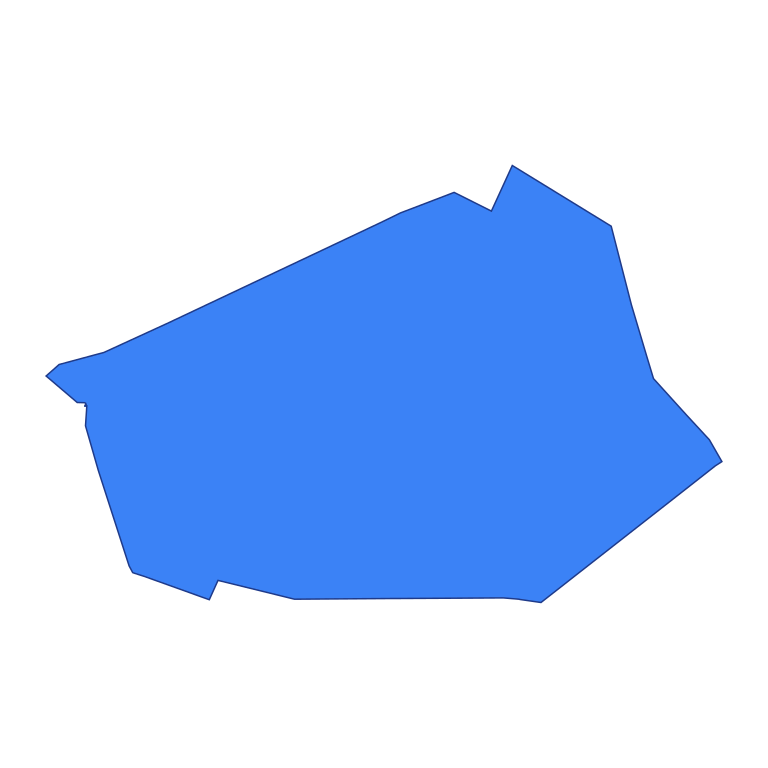 Wilson, North Carolina, United States of America (Robinson projection)
{"feature_id": "52423323B63255212949591", "entity_name": "Wilson", "entity_type": "district", "adm_level": 2, "iso_a3": "USA", "parent_name": "United States of America", "parent_adm1": "North Carolina", "projection": "robinson", "projection_center": [-77.978, 35.725], "detail": "fine", "context": "isolated", "style": "filled", "palette": "blue", "viewbox_px": 768, "rotation_deg": 0, "n_neighbors": 0, "source": "geoboundaries", "source_scale": "gbopen_adm2", "svg_char_len": 694}
<svg xmlns="http://www.w3.org/2000/svg" viewBox="0 0 768 768"><path d="M512.3,165.5L491.4,211.1L454.1,192.4L400.5,212.9L380.4,222.7L173.8,320.3L172.0,321.2L103.8,352.5L95.5,354.7L95.1,354.8L59.1,364.5L46.1,376.0L77.2,402.5L84.4,402.7L85.6,403.2L86.1,404.6L84.9,405.3L84.9,406.2L86.8,406.0L86.5,410.9L85.5,425.8L98.3,470.4L129.1,565.9L132.7,572.6L134.3,573.2L144.0,576.3L200.3,596.5L201.1,596.8L209.3,599.7L218.0,580.4L294.5,599.2L392.2,598.5L397.8,598.5L454.4,598.2L503.2,597.9L518.9,599.2L520.1,599.5L541.0,602.5L676.3,496.5L715.4,465.8L721.9,461.6L709.4,439.8L686.1,414.6L653.5,378.6L647.1,357.5L631.4,304.8L611.2,226.2L512.3,165.5Z" fill="#3b82f6" stroke="#1e3a8a" stroke-width="1.5"/></svg>